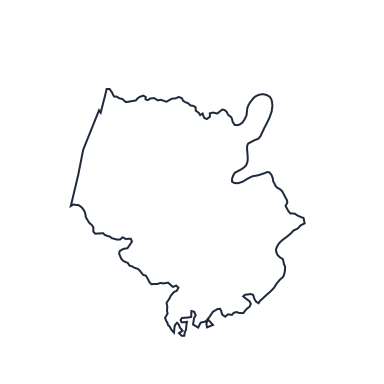 the district of Rio Bonito do Iguaçu, Paraná, Brazil, rotated 242°
{"feature_id": "56859067B65840110240263", "entity_name": "Rio Bonito do Iguaçu", "entity_type": "district", "adm_level": 2, "iso_a3": "BRA", "parent_name": "Brazil", "parent_adm1": "Paraná", "projection": "robinson", "projection_center": [-52.634, -25.559], "detail": "fine", "context": "isolated", "style": "outline", "palette": "slate", "viewbox_px": 384, "rotation_deg": 242, "n_neighbors": 0, "source": "geoboundaries", "source_scale": "gbopen_adm2", "svg_char_len": 3510}
<svg xmlns="http://www.w3.org/2000/svg" viewBox="0 0 384 384"><g transform="rotate(242 192 192)"><path d="M240.2,261.6L242.8,260.2L246.4,260.2L248.8,259.4L250.6,257.5L249.4,251.2L252.3,247.8L253.1,244.7L250.0,243.1L249.5,239.3L251.5,237.7L253.8,237.7L256.3,238.2L256.1,235.3L258.6,235.2L262.1,233.5L265.1,235.0L267.5,233.5L269.2,231.2L272.1,230.3L274.4,228.3L276.6,227.0L279.5,227.1L282.2,224.9L282.3,221.8L283.8,218.1L283.8,214.5L283.7,211.8L286.0,209.7L288.1,207.7L288.9,204.9L292.6,202.7L294.1,199.4L293.9,196.0L295.7,194.5L297.6,195.7L300.0,194.2L300.5,190.6L300.3,188.2L299.2,185.4L300.2,182.4L301.4,178.7L302.4,175.8L304.3,175.1L306.9,174.1L309.0,171.7L311.7,170.2L312.8,168.0L315.0,168.0L317.4,168.1L321.6,167.6L323.0,165.0L321.2,163.4L317.7,160.3L304.9,148.6L307.8,148.3L280.6,116.0L279.0,114.6L260.9,99.9L236.5,78.4L236.7,81.4L234.9,83.6L233.7,85.7L230.5,87.3L228.2,87.8L225.9,88.0L223.2,87.7L219.6,86.4L215.7,86.6L212.6,86.9L210.2,88.0L207.1,88.3L203.4,86.3L200.7,86.9L197.3,94.2L195.1,94.8L192.6,97.0L191.1,98.6L188.9,99.5L185.0,103.7L183.8,106.4L184.6,109.4L181.6,111.5L179.5,116.0L176.5,115.8L174.7,112.6L172.7,108.6L174.0,104.6L173.8,100.4L171.8,98.7L169.7,98.5L166.4,98.2L163.5,98.9L159.3,102.1L156.4,102.2L154.7,104.0L152.1,105.6L149.5,108.1L147.1,109.0L141.8,109.9L139.9,111.9L136.8,112.2L132.2,112.1L129.7,112.8L128.5,115.5L127.0,118.3L126.6,121.3L124.7,123.8L123.2,128.3L117.1,130.6L116.8,134.1L113.9,135.1L111.9,132.2L112.2,129.3L110.4,124.5L108.4,121.9L106.1,117.5L102.2,116.3L99.0,114.2L96.2,113.4L93.5,109.1L90.2,108.7L88.1,108.9L85.9,108.4L83.6,109.1L80.2,109.1L76.3,110.1L80.5,112.8L82.5,114.5L83.6,117.4L81.4,118.1L77.8,117.7L73.9,118.5L73.5,114.2L69.8,115.5L68.7,117.7L71.2,119.5L73.3,122.1L77.8,125.0L79.7,126.6L80.7,123.9L81.8,121.7L84.3,121.8L85.5,124.0L82.9,129.9L82.1,132.7L84.4,134.0L87.2,135.6L85.3,137.7L81.5,137.4L79.7,134.7L74.5,130.7L69.4,133.8L72.6,138.3L71.4,142.7L72.2,146.2L73.7,149.1L76.4,154.2L76.6,156.7L76.6,159.7L75.7,162.0L73.2,161.9L69.7,161.1L66.3,162.8L67.1,166.3L64.8,169.5L65.7,172.2L65.2,174.8L63.0,176.9L61.0,180.4L62.6,184.0L63.3,186.3L63.6,188.7L65.5,191.4L68.5,191.5L73.1,189.3L75.8,188.2L76.4,190.4L74.4,195.8L72.5,197.7L68.0,196.9L65.1,197.1L62.6,198.5L64.0,201.1L64.6,203.7L66.1,209.3L67.4,214.9L68.9,219.4L71.5,223.9L73.4,228.7L74.1,232.1L75.3,234.0L77.8,236.3L79.8,237.7L82.6,239.2L85.2,239.3L88.0,240.2L90.0,240.7L93.6,238.7L96.6,237.9L99.7,238.3L102.0,239.3L103.6,241.1L105.5,244.1L106.6,247.1L107.3,250.2L108.2,256.2L109.1,260.0L110.3,263.5L110.1,268.2L111.6,272.5L111.4,276.7L116.7,278.3L119.2,276.0L122.2,273.8L124.3,272.8L125.7,271.0L126.8,268.8L129.8,268.1L135.8,268.1L137.9,271.2L140.1,272.0L144.2,271.9L150.2,272.0L153.4,270.9L155.7,269.3L157.9,268.6L160.8,268.8L163.2,268.7L166.4,269.8L169.7,270.2L172.9,269.6L174.3,267.8L174.6,264.5L175.7,258.2L177.5,252.8L177.7,247.9L177.3,241.7L178.1,236.9L180.0,233.6L182.4,232.2L185.1,233.8L187.3,236.2L188.9,238.9L188.9,246.2L189.2,249.1L190.1,252.3L192.8,255.3L196.0,257.3L198.1,258.2L203.5,260.5L206.8,262.3L208.4,264.3L208.4,271.4L207.9,275.7L209.1,278.6L214.5,285.8L216.8,289.2L221.3,295.4L223.3,297.5L225.8,300.2L230.4,303.5L233.6,304.8L236.5,305.6L239.5,305.4L242.7,303.4L244.8,301.0L245.8,298.8L246.5,296.0L246.6,293.0L246.2,290.7L243.7,285.1L242.1,282.5L240.2,280.3L234.1,276.1L231.3,272.3L229.6,269.1L229.2,265.5L229.9,263.0L231.3,261.2L234.6,260.8L238.1,261.7L240.2,261.6ZM65.4,141.7L64.8,148.1L72.2,146.2L68.7,142.7L65.4,141.7Z" fill="none" stroke="#1e293b" stroke-width="2"/></g></svg>